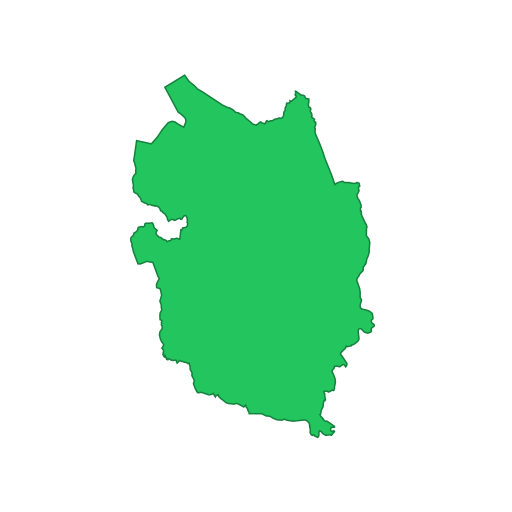 Fianarantsoa I, Haute Matsiatra, Madagascar (Equal Earth projection), rotated 159°
{"feature_id": "10022922B21478747844721", "entity_name": "Fianarantsoa I", "entity_type": "district", "adm_level": 2, "iso_a3": "MDG", "parent_name": "Madagascar", "parent_adm1": "Haute Matsiatra", "projection": "equal_earth", "projection_center": [47.084, -21.453], "detail": "fine", "context": "isolated", "style": "filled", "palette": "green", "viewbox_px": 512, "rotation_deg": 159, "n_neighbors": 0, "source": "geoboundaries", "source_scale": "gbopen_adm2", "svg_char_len": 6116}
<svg xmlns="http://www.w3.org/2000/svg" viewBox="0 0 512 512"><g transform="rotate(159 256 256)"><path d="M280.6,446.2L277.1,418.0L275.4,415.8L272.9,410.7L272.7,409.4L273.1,406.7L277.3,402.1L281.4,406.9L283.6,410.2L286.0,411.8L290.0,412.0L298.1,407.6L305.1,402.6L313.5,398.2L326.1,406.5L336.1,388.6L335.9,386.9L336.7,380.6L337.4,379.5L338.7,375.9L340.2,375.5L342.0,374.2L343.9,371.9L345.2,365.5L346.4,363.8L346.5,362.0L347.1,359.6L346.4,358.4L344.4,356.2L344.1,353.9L343.4,352.5L343.2,351.4L343.2,348.0L340.9,345.3L339.3,344.3L338.8,342.5L336.7,342.2L334.3,340.0L333.4,339.9L332.6,338.7L331.4,338.8L329.3,336.6L328.8,334.7L328.8,332.7L328.6,332.1L327.9,331.7L327.3,329.8L325.9,327.7L325.0,323.4L325.5,322.2L325.2,319.7L322.0,320.5L320.0,319.6L319.7,318.7L318.7,318.3L315.7,318.8L314.2,318.6L313.3,318.2L313.2,317.3L312.4,317.0L311.6,317.2L311.1,317.9L308.9,319.2L307.5,319.1L306.9,318.7L306.7,315.6L307.3,314.6L307.1,314.2L307.7,312.8L308.3,312.4L308.2,310.7L309.4,308.6L311.1,307.9L314.5,308.5L315.5,307.2L316.4,306.8L316.8,307.3L321.2,298.9L323.6,301.0L326.4,301.2L328.8,302.4L329.5,301.4L330.6,301.1L332.0,301.4L333.9,301.2L334.1,302.5L335.8,304.2L336.5,304.3L337.8,306.7L338.7,307.8L339.9,308.5L340.5,310.2L341.1,311.0L341.3,313.0L340.4,314.4L339.0,315.3L340.9,318.6L340.6,323.1L341.1,324.3L343.3,324.6L347.2,326.1L348.1,325.9L349.2,324.0L351.1,323.5L352.1,324.5L355.4,325.0L356.7,323.8L357.1,322.8L357.7,322.3L360.0,321.3L361.5,321.3L362.8,319.4L365.6,318.2L366.7,317.2L367.5,314.8L367.3,311.8L368.3,309.8L368.3,307.3L368.9,304.2L369.0,290.9L366.6,290.0L359.6,290.1L357.9,288.8L354.6,287.1L354.8,272.4L354.4,269.4L356.7,267.6L359.0,265.3L360.1,262.1L357.2,259.8L358.1,253.3L361.9,248.3L362.0,244.1L363.0,241.6L363.0,239.8L366.0,237.0L367.3,234.3L368.4,230.9L367.2,229.8L367.2,228.8L368.1,228.1L368.3,226.8L368.9,226.1L369.0,223.1L369.7,221.6L372.7,219.8L374.4,217.1L375.0,212.8L374.8,209.3L374.1,207.8L374.1,206.1L376.0,204.2L377.0,203.7L376.2,202.1L376.3,200.5L377.2,199.2L377.1,198.3L377.8,198.1L378.3,197.2L377.8,196.0L376.8,196.1L376.4,195.6L376.6,195.0L377.9,195.0L377.8,194.5L376.6,194.0L376.1,193.1L375.9,192.5L376.5,192.3L376.5,191.5L375.4,190.7L374.3,191.3L373.5,190.9L372.6,189.2L372.0,189.1L371.6,188.5L368.0,187.5L367.8,186.5L368.1,185.8L368.0,184.3L364.7,185.8L363.3,184.3L362.0,183.7L361.0,182.4L359.4,181.8L358.2,180.0L356.9,180.0L357.3,175.8L358.1,173.8L357.6,169.6L358.0,168.5L358.5,168.2L358.7,167.3L358.3,163.3L358.4,161.6L358.7,160.8L359.7,160.1L360.2,158.9L360.2,153.2L359.7,151.5L360.0,150.8L359.1,149.0L356.0,148.4L349.7,143.2L346.9,142.7L345.0,143.0L344.8,140.2L344.4,139.0L343.4,140.1L341.7,139.6L341.1,140.0L341.1,138.0L340.1,135.7L338.0,132.5L336.6,129.9L334.6,128.2L329.6,125.6L327.8,125.5L325.9,124.6L321.6,119.4L319.1,120.5L319.3,117.9L318.7,117.2L318.6,116.3L318.9,115.2L318.5,112.1L318.9,111.3L307.0,106.6L303.8,103.0L301.5,102.0L299.7,100.6L298.6,98.9L295.4,95.8L294.0,95.0L290.5,93.4L288.3,93.6L285.7,91.4L280.6,88.5L269.2,85.5L267.7,84.2L266.4,81.5L266.4,79.4L267.2,76.8L267.4,74.8L268.8,71.5L268.5,69.4L267.9,68.5L267.4,68.2L267.2,68.5L266.4,68.5L265.9,68.1L265.6,66.7L263.3,64.5L261.8,65.6L260.2,69.2L259.3,70.0L258.0,68.5L257.5,67.2L257.5,66.6L255.2,63.6L251.3,62.7L249.8,61.6L245.6,64.0L245.9,65.0L247.9,64.9L248.7,65.7L248.6,67.3L247.8,68.5L246.9,68.9L244.0,68.1L243.8,68.8L248.9,76.4L250.6,76.9L251.8,79.3L251.7,80.2L253.0,83.2L253.1,85.1L252.4,85.2L250.2,88.8L247.4,91.2L246.1,94.1L244.8,96.1L244.5,96.4L243.8,96.1L243.3,96.9L242.7,96.8L242.0,100.5L241.2,102.7L241.5,104.8L240.4,105.3L239.5,104.9L237.4,103.7L237.2,103.1L235.5,103.0L233.1,103.5L231.8,102.6L231.2,102.9L230.1,104.3L230.0,105.0L227.1,109.7L226.2,112.9L226.1,117.6L226.3,119.4L226.6,119.5L226.6,120.0L225.8,121.9L223.1,123.4L222.4,124.9L219.4,124.0L218.1,122.8L217.4,122.6L214.5,123.4L213.2,123.3L212.4,122.5L212.1,120.4L211.0,120.8L209.8,122.5L209.6,123.2L211.7,132.4L212.2,133.1L212.0,134.6L211.4,135.3L205.5,137.9L204.2,139.4L203.5,138.7L199.2,138.0L198.6,138.6L196.9,138.4L195.3,138.7L192.1,139.7L190.3,140.8L189.5,141.8L187.7,148.8L187.0,150.2L186.0,151.1L183.9,150.4L182.1,146.0L179.3,143.9L176.0,143.9L175.3,144.4L174.4,146.8L173.5,147.5L171.2,148.0L170.6,148.5L170.3,149.3L170.5,150.1L171.8,151.8L171.8,153.9L171.4,154.6L169.3,155.5L168.7,157.3L168.1,160.7L169.6,163.5L171.3,165.2L176.5,168.8L177.0,170.8L176.5,172.8L173.3,176.9L173.3,178.5L173.7,179.8L171.7,185.0L170.9,188.6L170.7,197.3L169.3,199.2L167.6,200.1L165.7,201.9L161.3,204.0L161.2,204.7L160.7,205.0L159.9,207.4L158.6,207.8L157.2,209.2L156.8,209.0L156.3,209.9L155.6,210.1L153.7,213.5L151.2,215.9L148.7,219.4L148.2,221.1L144.9,227.9L144.6,231.6L145.7,235.4L142.9,242.3L142.0,243.2L141.8,246.0L142.3,248.5L142.8,257.5L142.2,258.1L141.9,259.8L142.2,260.4L141.8,260.6L142.1,261.8L140.9,263.6L140.5,263.7L139.7,265.7L139.6,269.7L139.8,271.6L140.2,272.6L140.3,275.5L139.9,276.8L136.7,279.6L136.3,280.4L136.2,281.9L135.5,283.6L134.1,284.0L133.7,287.1L135.5,288.5L136.5,288.0L139.5,289.1L142.6,291.1L146.9,292.8L148.3,294.7L152.3,295.1L155.0,295.0L156.8,294.4L156.4,304.2L156.7,323.4L156.3,328.4L156.3,338.4L156.7,347.4L156.6,350.4L155.1,353.5L155.1,355.1L153.0,357.5L152.3,359.6L153.3,360.5L153.5,361.4L152.3,362.7L154.4,365.8L153.5,366.8L153.0,369.0L153.5,371.6L152.1,373.7L152.1,375.0L153.3,375.8L153.1,377.8L152.5,379.5L151.7,380.3L150.4,383.6L153.0,385.2L153.4,388.2L154.4,389.2L156.0,389.8L159.5,395.2L160.1,395.7L160.9,393.0L161.7,392.6L161.3,390.4L161.7,389.9L167.5,387.7L168.6,388.8L169.4,387.2L169.9,386.9L172.4,387.7L173.0,387.3L173.7,385.6L175.8,383.6L176.6,381.4L178.3,380.5L179.7,377.7L181.0,376.1L182.2,375.6L184.0,375.8L184.9,376.6L186.9,376.5L189.5,377.0L192.3,376.4L193.9,377.0L196.7,377.1L197.2,378.4L198.0,378.3L199.8,376.4L200.5,376.3L200.6,376.7L202.5,377.7L203.3,379.2L203.9,379.6L205.4,379.3L206.9,378.5L208.4,378.4L208.7,378.0L209.3,378.2L212.1,380.7L212.5,382.0L216.1,388.4L217.2,391.7L218.0,392.8L219.9,394.3L221.1,396.0L223.5,397.3L224.9,400.4L227.6,403.7L229.3,404.8L233.1,408.8L247.5,428.9L250.6,432.5L252.6,437.3L256.0,443.1L257.8,450.4L280.6,446.2Z" fill="#22c55e" stroke="#15803d" stroke-width="1.5"/></g></svg>